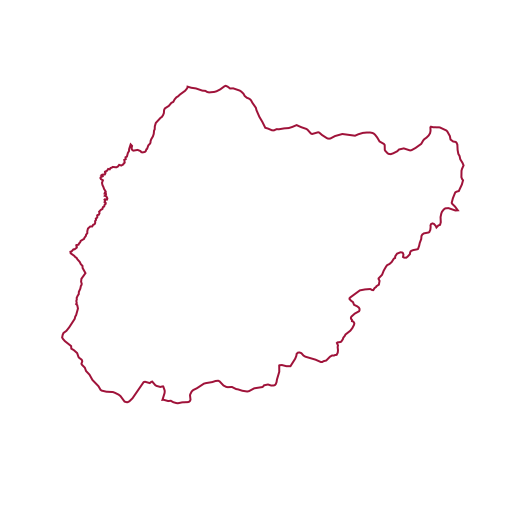 Toribío, Cauca, Colombia, rotated 18°
{"feature_id": "7082276B98056345530252", "entity_name": "Toribío", "entity_type": "district", "adm_level": 2, "iso_a3": "COL", "parent_name": "Colombia", "parent_adm1": "Cauca", "projection": "orthographic", "projection_center": [-76.217, 2.971], "detail": "fine", "context": "isolated", "style": "outline", "palette": "rose", "viewbox_px": 512, "rotation_deg": 18, "n_neighbors": 0, "source": "geoboundaries", "source_scale": "gbopen_adm2", "svg_char_len": 6031}
<svg xmlns="http://www.w3.org/2000/svg" viewBox="0 0 512 512"><g transform="rotate(18 256 256)"><path d="M84.1,226.9L85.4,227.2L85.6,227.5L84.0,229.0L83.9,229.9L84.8,230.8L87.0,231.3L86.9,234.0L88.0,235.9L89.7,237.7L90.7,239.1L93.2,241.2L93.3,241.7L92.7,242.3L92.7,243.3L93.9,243.0L94.3,243.7L93.6,245.5L95.2,245.5L96.8,247.1L96.9,248.3L94.7,248.8L94.5,249.3L95.5,250.1L95.3,251.5L96.6,251.9L96.9,252.8L96.2,253.8L96.3,255.8L95.3,256.9L95.4,258.8L94.2,260.0L93.1,262.4L93.9,263.5L93.9,264.0L93.7,265.4L92.6,266.0L92.4,266.5L93.1,268.0L92.9,268.9L92.1,269.9L92.7,271.1L92.2,272.5L92.8,274.1L92.8,275.0L92.5,275.8L91.5,276.6L91.1,278.5L89.2,279.2L87.7,281.8L87.9,284.6L88.5,286.4L87.8,288.2L88.0,289.4L87.2,291.7L87.2,292.8L84.6,295.8L84.5,297.5L83.9,298.5L83.7,300.1L81.8,301.1L81.9,301.8L82.9,302.8L82.9,303.5L81.4,305.7L80.3,306.1L79.2,308.6L78.2,309.3L78.9,310.7L83.1,312.0L84.5,312.9L85.9,313.2L87.1,314.3L90.2,316.1L91.9,317.9L94.0,319.0L94.8,321.0L99.1,325.0L97.0,331.6L97.6,334.5L98.8,336.2L99.0,337.3L98.7,338.6L99.0,341.4L98.6,344.8L99.2,347.1L98.7,348.7L98.4,351.3L99.0,352.7L99.0,354.3L100.1,356.2L99.8,357.3L101.2,358.0L102.9,361.0L103.2,368.1L102.8,369.3L103.0,371.8L100.4,381.5L98.8,385.8L96.7,388.7L96.5,390.7L96.8,393.4L98.0,394.5L100.5,396.0L108.0,398.8L109.0,401.2L111.8,401.8L115.9,403.6L118.4,406.9L119.3,407.5L122.0,408.4L122.7,408.9L123.3,409.9L123.3,412.5L124.2,413.3L127.7,415.1L129.9,417.9L134.3,420.3L138.7,424.4L146.4,428.5L149.5,431.3L150.8,431.7L155.6,431.3L162.0,429.6L164.1,429.7L168.2,430.3L170.4,431.1L176.0,435.1L178.2,435.0L179.1,434.7L180.5,433.3L182.5,429.5L188.1,410.7L189.3,409.9L194.2,409.7L195.3,408.1L196.1,407.5L200.0,409.9L201.5,410.3L205.5,410.1L207.4,408.9L208.0,408.7L208.3,409.0L210.6,412.0L211.1,413.2L211.4,414.7L211.5,421.7L212.4,421.3L217.3,421.1L219.7,420.0L222.4,420.6L225.6,420.5L227.2,420.2L231.0,418.0L236.4,416.0L237.5,415.2L238.0,414.2L238.1,412.9L236.3,408.9L236.2,407.9L236.7,404.7L237.7,402.9L240.6,400.1L245.9,393.5L247.6,392.4L253.4,389.4L256.1,387.4L258.6,386.3L260.1,386.5L265.1,389.2L268.1,389.7L269.6,389.5L273.6,388.0L278.2,388.7L280.1,388.4L284.6,388.4L289.5,387.6L291.1,386.7L295.2,382.4L302.5,378.7L303.2,377.8L303.6,376.5L307.1,374.5L310.5,374.5L313.0,373.6L314.0,372.7L314.4,371.6L314.5,369.6L314.1,367.0L313.9,358.9L311.9,352.9L312.2,352.6L314.3,351.7L319.1,351.4L322.8,350.2L325.0,341.6L325.2,338.6L324.9,336.4L325.8,334.9L327.2,334.3L329.2,334.4L331.9,336.0L334.0,336.5L344.6,336.2L350.5,336.8L351.8,336.3L352.7,335.2L355.1,333.7L357.5,328.9L359.1,327.1L360.9,326.6L361.7,325.8L363.2,325.1L363.6,322.7L363.1,320.3L361.8,317.4L361.6,315.7L359.8,313.7L360.2,313.0L362.9,311.7L363.5,311.1L364.3,308.4L364.3,306.7L365.2,304.3L365.3,303.1L368.8,297.9L369.9,294.8L370.5,291.1L370.3,289.6L369.4,288.7L368.3,288.2L367.4,288.3L367.0,287.1L365.7,286.3L365.3,285.1L365.5,284.1L367.7,280.3L371.1,276.7L371.2,275.5L370.8,274.3L369.8,273.3L367.8,272.6L364.3,272.1L362.5,269.9L360.3,269.2L358.3,268.1L358.0,267.3L358.5,266.2L365.4,256.6L370.0,254.1L374.1,252.4L375.0,252.1L377.0,252.5L378.1,252.2L378.7,249.8L379.7,248.5L379.9,247.5L381.7,245.3L381.2,241.5L379.6,239.9L379.5,239.4L381.7,234.9L382.0,230.4L383.0,225.7L383.6,224.1L385.4,222.4L386.9,219.8L387.9,215.9L388.9,214.9L388.5,213.3L389.4,210.2L392.3,207.8L394.0,207.5L394.8,207.8L395.8,209.1L396.1,211.5L397.4,211.8L399.4,211.2L400.3,209.9L401.8,206.7L401.5,205.3L401.6,203.9L402.0,203.2L403.7,201.8L407.3,199.8L407.9,199.2L408.0,196.0L407.7,192.9L407.9,188.8L407.2,185.9L407.5,184.2L408.7,182.6L412.9,180.3L413.4,179.7L413.7,177.3L413.1,174.4L412.5,173.0L412.6,171.6L413.7,170.5L415.3,170.5L417.7,171.9L418.8,173.1L420.0,170.6L421.4,169.5L421.3,166.8L419.5,162.0L419.1,158.3L419.2,156.4L420.2,153.7L421.3,152.2L424.2,151.0L431.6,151.1L433.8,150.2L430.0,147.5L426.4,145.7L425.7,145.0L425.4,140.2L425.8,134.4L426.0,133.7L427.3,132.5L428.8,131.6L429.7,124.4L429.5,120.0L428.3,119.2L427.0,117.6L425.1,111.4L425.0,109.6L425.4,105.7L423.7,103.7L420.4,100.9L418.7,98.0L416.9,96.4L415.0,92.9L413.1,87.9L411.8,86.4L410.7,85.8L408.1,86.2L405.0,85.1L403.3,82.0L399.4,78.4L398.2,77.8L391.0,76.9L384.7,78.8L382.4,79.0L382.1,79.7L383.3,83.0L383.6,85.4L383.0,88.0L381.6,90.7L379.9,93.0L379.3,94.5L378.5,98.3L374.3,104.0L371.4,107.1L370.4,107.8L369.5,108.0L363.3,108.0L359.1,110.5L358.0,112.7L354.8,115.9L352.7,117.5L350.8,117.9L349.5,117.7L346.4,116.0L345.7,115.3L344.1,110.7L343.0,109.9L338.1,108.9L334.6,105.8L331.8,103.9L330.2,103.2L328.8,103.0L326.3,103.3L323.3,104.3L319.6,105.9L315.7,108.6L313.0,111.0L300.4,113.3L294.1,117.5L290.5,121.2L289.3,121.8L288.0,122.1L286.9,122.0L281.3,120.5L278.0,119.1L276.9,119.1L271.7,122.6L271.0,122.6L270.3,122.5L266.0,120.0L264.7,119.6L259.4,119.5L254.1,119.0L250.7,122.0L247.6,124.2L243.4,125.9L238.6,128.4L236.4,129.0L234.2,131.0L232.3,131.5L227.9,131.1L225.2,131.2L220.6,126.5L216.2,122.6L211.4,117.2L210.1,115.1L205.2,111.4L203.2,109.5L201.9,108.8L200.2,108.4L198.6,108.4L197.3,107.9L195.8,107.3L193.9,105.5L191.2,104.2L189.4,103.7L182.5,103.6L179.6,104.7L176.7,103.7L174.6,103.5L173.6,104.3L170.5,108.6L167.6,111.5L165.7,112.8L160.9,114.9L158.9,115.1L156.8,114.6L153.9,115.3L147.1,115.2L142.4,116.0L138.6,116.1L138.8,117.0L138.5,118.3L137.5,120.8L133.8,125.9L132.5,128.3L131.3,129.6L130.2,132.2L129.7,135.0L128.2,136.5L126.7,140.2L123.8,143.7L123.6,144.5L123.5,145.7L124.2,148.5L124.1,150.6L123.5,152.8L122.5,154.1L119.6,160.4L119.7,163.9L120.5,166.8L120.3,168.3L121.0,171.4L121.0,174.1L120.3,177.2L120.2,179.0L120.6,180.9L120.5,181.8L119.4,184.1L119.3,187.8L118.8,188.3L118.7,190.4L118.1,191.4L116.2,192.5L114.9,192.7L113.7,191.9L110.6,191.7L106.8,193.7L105.8,193.5L104.9,192.9L104.3,191.6L104.1,189.6L102.3,188.6L102.3,193.6L102.8,195.4L102.3,197.6L102.5,201.3L101.4,202.5L102.2,204.2L101.0,205.3L102.2,207.6L102.1,208.3L101.5,208.9L101.5,209.9L99.9,211.6L97.7,211.6L97.0,213.6L95.8,214.8L92.2,215.6L91.5,216.6L90.5,217.2L90.1,218.8L88.5,218.9L88.0,220.9L86.3,222.5L86.4,223.0L87.2,223.5L87.0,225.2L84.7,226.1L84.1,226.9Z" fill="none" stroke="#9f1239" stroke-width="2"/></g></svg>